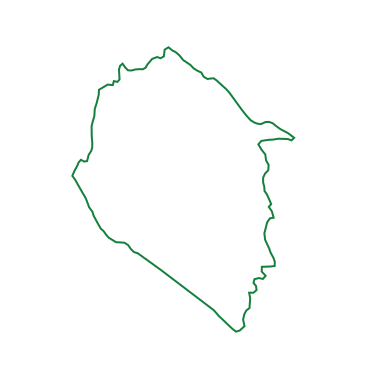 Sales, São Paulo, Brazil, rotated 166°
{"feature_id": "56859067B21850639491006", "entity_name": "Sales", "entity_type": "district", "adm_level": 2, "iso_a3": "BRA", "parent_name": "Brazil", "parent_adm1": "São Paulo", "projection": "equal_earth", "projection_center": [-49.515, -21.337], "detail": "fine", "context": "isolated", "style": "outline", "palette": "green", "viewbox_px": 384, "rotation_deg": 166, "n_neighbors": 0, "source": "geoboundaries", "source_scale": "gbopen_adm2", "svg_char_len": 2075}
<svg xmlns="http://www.w3.org/2000/svg" viewBox="0 0 384 384"><g transform="rotate(166 192 192)"><path d="M79.8,219.9L84.4,225.7L91.0,231.6L94.8,236.1L97.0,239.1L100.3,241.4L103.8,242.1L108.8,241.2L112.2,242.6L114.9,244.5L117.7,247.4L120.8,253.1L123.8,259.8L126.9,267.4L128.5,271.4L131.5,278.9L133.9,283.5L138.0,289.6L141.2,294.4L143.5,297.1L146.4,297.6L149.6,297.9L152.8,301.0L154.0,305.6L157.6,308.5L160.5,311.6L162.9,315.8L165.7,318.9L168.6,322.1L171.2,327.7L174.2,331.9L176.7,333.9L179.8,338.1L184.1,336.7L186.5,330.4L190.2,329.4L193.2,331.4L198.4,330.8L204.2,326.7L207.0,323.8L210.0,323.0L213.2,323.9L217.1,324.6L221.3,324.5L224.7,325.6L226.7,329.0L228.3,333.3L231.3,331.8L233.2,328.5L234.2,323.3L235.1,318.7L237.8,316.9L241.0,318.5L243.0,314.9L247.8,316.6L257.5,313.7L259.0,308.9L261.1,304.9L263.1,301.2L266.3,296.0L268.4,289.3L270.9,285.0L273.4,280.4L274.7,275.1L275.8,270.3L276.8,264.1L278.0,259.5L279.7,256.4L283.3,253.0L286.3,247.4L289.2,247.6L292.0,250.1L294.9,248.1L297.0,245.2L301.3,240.5L304.2,236.6L302.4,232.2L300.9,226.6L298.7,218.8L296.6,211.6L295.9,205.9L295.5,202.0L293.4,197.0L293.2,192.8L291.4,185.8L289.4,178.6L287.2,175.3L285.5,170.9L283.7,167.6L280.8,164.7L277.9,161.7L269.9,159.2L266.8,155.9L265.0,151.2L262.9,147.8L259.4,145.6L241.4,124.3L233.6,114.6L213.7,89.8L199.5,72.1L197.8,68.9L196.2,65.6L194.2,62.5L190.2,56.2L185.8,49.3L183.1,45.9L179.3,46.0L173.5,49.1L173.3,55.8L170.8,60.8L167.7,64.1L164.3,65.4L162.7,70.4L161.3,74.5L160.9,80.5L156.8,79.4L153.1,81.2L152.6,85.2L154.3,88.9L152.5,92.3L147.8,92.3L144.3,90.5L140.8,92.9L143.6,97.9L142.3,102.5L137.5,101.5L133.9,100.7L129.7,100.2L128.5,104.4L129.0,108.8L130.4,114.2L130.8,118.7L131.6,122.7L132.6,128.0L131.8,134.4L129.0,139.5L126.4,144.4L122.8,147.6L119.0,147.3L119.2,154.0L121.1,159.0L118.1,161.1L118.9,166.1L119.9,171.6L121.4,175.5L120.6,179.5L120.7,183.9L119.5,188.7L116.7,192.2L112.7,194.7L111.1,199.7L112.5,204.9L111.8,210.7L114.3,216.3L116.1,222.2L112.4,224.8L105.1,224.1L100.3,223.2L95.1,222.8L86.0,220.1L83.0,218.0L79.8,219.9Z" fill="none" stroke="#15803d" stroke-width="2"/></g></svg>